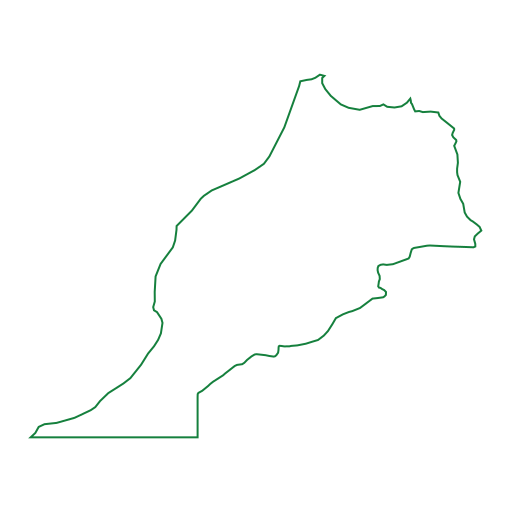 an SVG outline of Morocco
{"feature_id": "MAR", "entity_name": "Morocco", "entity_type": "country or territory", "adm_level": 0, "iso_a3": "MAR", "parent_name": "Africa", "parent_adm1": "", "projection": "mercator", "projection_center": [-5.43, 31.798], "detail": "fine", "context": "isolated", "style": "outline", "palette": "green", "viewbox_px": 512, "rotation_deg": 0, "n_neighbors": 0, "source": "natural_earth", "source_scale": "50m", "svg_char_len": 2410}
<svg xmlns="http://www.w3.org/2000/svg" viewBox="0 0 512 512"><path d="M35.3,433.0L38.7,426.9L44.5,424.2L56.6,422.9L74.6,417.8L90.7,410.2L95.3,407.1L100.1,401.0L108.3,393.1L123.4,383.5L130.4,378.1L141.1,364.7L148.1,353.5L154.0,346.3L158.1,339.9L160.9,333.4L162.5,322.9L161.4,318.8L157.0,312.1L154.0,310.3L153.2,307.1L154.8,301.5L154.7,291.9L155.6,276.4L160.6,263.9L172.8,247.4L175.1,240.6L176.5,229.8L176.6,226.0L191.9,210.6L200.8,198.7L203.9,195.8L211.8,190.4L239.3,178.5L254.9,170.0L263.9,163.8L269.4,156.4L284.3,127.4L299.1,86.1L300.3,81.3L306.9,79.9L311.5,79.3L315.3,77.8L319.9,74.7L324.4,75.9L322.2,78.0L322.2,83.2L325.3,89.1L330.8,95.9L340.8,104.4L348.6,107.8L359.7,109.8L372.6,106.1L379.9,106.0L383.4,104.4L387.2,106.8L394.5,107.5L401.6,106.3L406.9,102.7L410.3,98.6L410.8,100.6L411.0,102.8L412.0,104.1L414.1,109.3L415.2,111.4L419.2,111.0L422.8,112.1L430.7,111.6L438.3,112.5L439.4,115.8L441.6,118.5L449.4,124.7L454.1,128.5L454.2,129.8L452.7,132.9L452.1,135.0L453.3,137.3L456.2,140.0L456.4,141.3L455.7,142.9L454.2,145.8L457.4,154.5L457.9,162.8L457.1,168.7L457.1,172.2L457.5,175.1L460.2,181.8L458.4,192.9L460.4,198.9L463.2,203.8L464.7,212.5L467.0,216.6L470.6,220.2L472.7,221.4L476.7,224.4L479.6,226.9L481.3,230.6L477.7,233.6L474.8,236.4L474.0,239.3L475.3,244.0L475.3,246.5L473.5,247.3L466.0,247.0L460.1,246.8L453.3,246.6L443.8,246.2L437.9,245.9L429.8,245.5L427.0,245.7L419.6,247.0L414.3,247.9L413.4,248.2L411.8,249.3L410.7,252.8L409.7,256.7L408.6,258.5L392.9,264.2L386.7,264.9L383.2,264.4L380.6,264.8L378.4,266.0L377.7,267.9L377.6,270.2L378.1,272.6L379.6,275.9L379.8,279.1L378.9,281.5L378.6,283.8L378.2,286.3L379.0,287.6L380.5,287.9L382.0,289.0L384.2,290.1L386.0,292.0L385.9,294.9L384.4,296.5L383.1,297.3L377.2,298.1L372.5,298.6L366.4,303.2L360.0,308.0L352.3,311.1L348.9,312.0L343.0,314.3L335.9,318.1L332.4,324.1L328.0,331.0L323.8,335.6L318.0,340.0L312.6,341.6L305.9,343.7L297.3,345.4L291.3,345.9L289.5,346.3L284.2,346.4L281.6,346.0L279.6,345.8L278.8,346.3L278.6,347.4L278.5,349.9L278.1,352.7L276.4,355.1L275.2,356.2L273.8,356.6L269.4,356.0L265.6,355.2L256.7,354.2L255.0,354.4L254.3,354.7L251.5,356.4L247.2,359.8L244.3,362.8L242.2,364.2L237.0,364.9L234.7,366.0L225.1,373.5L223.1,375.3L213.1,381.7L210.3,383.9L208.1,386.0L202.2,390.8L198.4,392.9L197.7,394.1L197.6,397.0L197.6,403.5L197.6,409.6L197.6,418.6L197.6,427.5L197.6,437.3L30.7,437.3L35.3,433.0Z" fill="none" stroke="#15803d" stroke-width="2"/></svg>